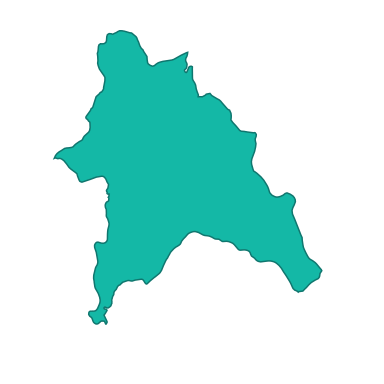 Mueang Yala, Yala, Thailand (Natural Earth projection), rotated 190°
{"feature_id": "78962969B27848698436248", "entity_name": "Mueang Yala", "entity_type": "district", "adm_level": 2, "iso_a3": "THA", "parent_name": "Thailand", "parent_adm1": "Yala", "projection": "natural_earth1", "projection_center": [101.257, 6.565], "detail": "fine", "context": "isolated", "style": "filled", "palette": "teal", "viewbox_px": 384, "rotation_deg": 190, "n_neighbors": 0, "source": "geoboundaries", "source_scale": "gbopen_adm2", "svg_char_len": 6016}
<svg xmlns="http://www.w3.org/2000/svg" viewBox="0 0 384 384"><g transform="rotate(190 192 192)"><path d="M65.6,113.7L64.1,116.0L62.8,117.7L60.8,121.0L58.8,123.6L55.1,126.9L53.5,128.0L52.6,128.7L51.9,130.1L51.7,131.2L51.8,134.0L50.5,137.0L51.1,137.8L51.3,138.1L52.1,138.7L56.9,142.8L58.5,143.9L61.1,145.2L63.8,146.2L65.1,146.9L66.7,148.5L69.5,152.1L71.6,155.1L72.7,156.9L73.7,159.5L75.1,163.8L75.7,166.3L77.2,168.4L86.0,182.8L89.2,187.7L90.3,191.2L90.0,193.9L89.1,197.1L88.5,200.4L89.1,202.5L90.3,204.2L91.9,205.6L94.9,206.9L98.3,207.6L100.0,206.7L101.6,204.8L104.0,203.1L105.6,202.3L107.5,201.7L109.1,201.7L111.1,202.2L113.0,202.9L115.4,204.9L117.3,208.6L118.5,210.5L119.7,212.0L123.4,216.1L126.8,218.9L131.3,221.7L133.1,222.6L134.9,223.3L135.8,224.8L138.1,229.6L138.8,232.2L138.8,235.1L137.4,242.9L137.2,247.3L137.4,250.7L138.5,253.3L139.0,255.2L138.5,258.1L138.7,259.9L140.1,261.3L140.9,261.3L141.5,261.0L147.9,260.7L151.3,260.7L154.0,260.4L155.7,260.9L159.9,264.5L164.0,267.6L166.2,269.8L166.3,271.8L166.6,273.9L167.3,276.3L169.2,279.1L171.3,279.7L178.0,285.1L179.5,286.4L181.3,287.5L183.3,288.1L189.3,290.4L191.4,292.2L195.0,290.8L195.5,289.8L198.3,287.6L202.5,286.9L202.5,288.2L202.7,288.9L204.4,291.7L205.8,294.4L206.1,295.3L207.0,297.9L208.4,300.0L210.4,302.2L211.1,303.4L211.5,305.1L213.2,314.0L213.3,315.1L213.4,315.4L214.3,315.7L214.9,315.7L216.2,315.1L216.7,314.4L217.8,309.7L218.1,309.0L218.3,308.7L218.9,308.7L219.7,309.1L220.5,310.2L220.5,311.1L219.8,311.8L219.2,312.7L218.9,313.8L219.0,316.7L219.3,317.5L220.0,318.6L220.9,319.7L221.3,321.4L221.2,322.9L220.6,324.7L220.4,326.9L220.5,328.8L221.5,328.3L226.3,324.9L233.0,319.4L234.9,318.4L243.3,315.6L245.9,314.4L247.8,313.3L249.7,311.5L251.0,309.9L252.7,309.0L255.2,309.5L257.3,310.5L258.2,311.7L259.2,314.7L259.9,317.6L264.0,322.0L265.0,323.5L266.9,324.7L268.8,327.0L270.8,330.6L271.8,331.9L273.2,334.3L274.2,335.3L279.1,338.1L280.9,338.0L286.4,338.6L289.0,338.6L291.3,338.2L292.9,337.1L294.3,335.8L295.7,334.9L297.4,333.6L299.1,333.8L301.1,333.6L302.6,332.3L302.9,330.2L302.5,326.2L302.8,324.3L304.4,322.8L306.2,322.3L307.9,322.1L309.2,320.7L309.4,318.9L309.1,315.7L309.0,313.7L309.3,312.1L308.4,309.2L307.4,304.9L307.3,302.5L306.4,300.3L304.6,297.1L301.8,294.2L299.0,291.4L297.6,289.7L297.1,286.4L297.2,279.4L297.0,278.3L297.3,277.2L297.8,276.0L298.5,274.6L299.3,274.4L299.8,273.8L300.4,272.5L302.3,270.1L303.0,269.1L304.4,258.4L305.0,257.2L305.6,256.8L305.9,256.3L306.0,255.2L306.6,253.7L308.6,249.6L309.3,248.1L309.5,247.3L309.3,246.5L308.8,245.9L307.4,245.2L306.2,243.9L304.8,243.1L304.5,242.3L303.5,237.8L303.5,235.1L303.8,233.8L304.3,232.8L307.7,228.4L308.4,226.9L309.0,224.6L309.3,224.1L310.2,223.2L311.7,222.1L314.9,218.9L316.0,217.4L316.9,215.9L318.3,215.0L321.3,214.0L323.0,213.6L325.0,212.8L328.1,209.9L329.8,208.5L331.5,206.5L332.7,204.3L333.5,201.2L332.7,201.7L331.7,201.8L330.4,201.5L329.6,201.6L328.5,202.1L327.2,202.1L326.0,201.8L323.6,200.6L320.2,197.7L317.4,194.9L315.4,193.6L310.4,191.1L308.5,190.0L307.4,187.7L305.4,184.4L304.5,183.2L303.6,182.8L302.1,182.6L294.5,186.7L288.7,190.1L283.5,191.9L282.1,191.9L280.6,191.2L279.1,189.8L277.3,187.0L275.6,185.1L275.5,184.5L275.5,181.5L276.0,179.9L276.4,179.2L276.5,178.6L276.1,177.6L275.5,177.1L275.4,176.7L275.5,176.0L275.3,175.7L274.4,175.3L273.4,175.7L273.2,175.6L273.4,174.8L273.0,173.8L273.6,172.2L273.1,171.9L272.8,171.5L272.6,169.0L272.9,168.4L274.0,167.6L274.4,167.1L274.9,166.2L275.2,164.8L275.1,163.4L274.5,161.6L273.4,160.0L272.5,155.6L272.4,154.3L272.0,152.9L271.6,152.4L270.4,151.0L268.8,148.0L268.1,146.3L268.0,144.2L268.3,140.6L268.2,138.6L267.9,135.9L267.1,130.8L267.1,130.0L267.4,128.8L268.2,127.5L268.8,126.9L270.4,126.1L272.6,125.9L275.6,126.3L276.4,126.2L277.3,125.8L278.0,124.9L278.5,123.7L278.7,122.8L278.6,122.0L278.2,120.4L275.8,116.0L272.8,107.7L272.6,106.8L272.5,105.8L272.7,103.9L273.6,101.5L273.8,100.7L273.9,99.7L274.3,93.1L274.2,92.0L273.9,89.9L272.8,86.9L272.6,86.0L271.2,81.8L270.4,80.3L267.2,76.5L266.5,75.5L264.7,72.4L263.7,69.7L263.5,68.1L263.5,66.8L263.8,65.0L264.8,60.8L265.5,59.4L266.3,58.4L267.6,57.7L271.6,56.9L272.3,56.3L272.6,55.4L272.5,53.6L272.2,53.1L271.1,51.9L269.3,51.0L268.5,50.2L267.2,47.9L266.6,47.0L266.0,46.4L265.2,45.9L263.9,45.4L263.2,45.4L262.4,45.6L261.4,46.2L259.3,48.8L258.6,49.2L256.7,49.5L255.9,49.5L255.6,49.3L254.1,47.0L253.7,47.0L253.4,47.6L253.0,48.9L253.2,49.7L257.3,55.5L256.5,56.9L255.1,60.6L255.2,60.9L256.4,61.6L258.0,61.6L258.5,62.3L258.5,62.9L258.2,63.3L257.7,63.6L255.6,63.1L254.6,63.2L254.2,63.5L253.2,64.4L252.1,65.9L251.9,67.4L251.6,68.4L251.8,69.4L251.9,70.3L252.2,71.1L252.3,72.7L252.1,73.6L252.1,74.7L251.8,76.0L251.3,77.2L251.3,78.2L251.5,79.4L250.9,81.2L249.7,83.0L248.9,85.9L248.0,87.3L247.2,87.8L246.7,88.1L246.3,88.9L245.3,89.9L244.9,90.9L240.4,93.4L239.3,93.8L238.2,93.9L236.5,93.8L235.3,94.0L232.6,95.4L226.8,97.3L225.7,97.3L225.0,97.0L224.1,96.2L222.6,94.5L221.7,93.7L221.4,93.6L220.7,93.5L220.2,93.9L217.7,97.3L214.5,101.1L213.4,102.2L209.9,106.3L209.4,107.2L208.4,109.6L207.4,114.4L205.9,120.0L205.1,122.0L204.7,122.6L203.9,125.4L203.4,126.4L203.2,127.4L202.4,129.4L200.0,133.1L198.2,135.1L197.4,135.7L195.6,137.3L194.6,138.5L194.3,139.2L193.6,142.0L192.2,144.5L190.4,147.1L189.9,148.1L188.5,150.2L187.8,150.9L185.9,152.2L184.3,153.0L183.1,153.4L181.9,153.6L179.5,153.4L178.3,153.2L173.5,151.6L171.7,151.4L169.3,151.6L167.3,151.6L164.6,151.0L161.6,149.9L160.5,149.8L157.3,150.2L153.7,148.6L153.0,148.6L149.3,149.5L147.0,149.5L145.4,149.2L143.0,148.6L141.2,147.5L136.8,143.8L136.2,143.4L135.3,143.1L134.4,143.1L130.5,144.1L128.5,144.2L126.9,144.0L125.7,143.6L125.1,143.2L124.4,142.6L123.3,140.7L122.3,139.3L118.7,137.6L117.7,136.6L116.4,135.8L115.4,135.4L114.5,135.2L112.3,135.1L106.9,136.8L104.4,137.5L102.6,137.7L101.2,137.7L99.3,137.5L97.7,137.1L96.0,136.3L93.5,134.8L90.6,132.3L88.1,129.4L84.9,126.1L80.7,121.4L79.0,119.3L76.1,115.0L75.6,114.4L74.8,113.9L73.8,113.2L73.0,113.1L70.7,112.4L70.0,111.8L69.5,112.4L67.8,113.0L65.6,113.7Z" fill="#14b8a6" stroke="#0f766e" stroke-width="1.5"/></g></svg>